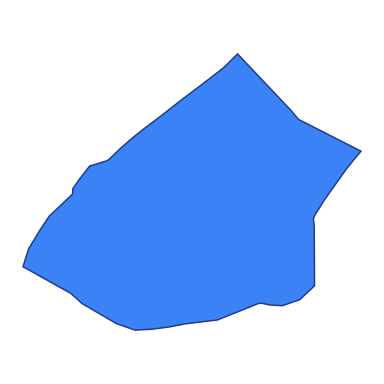 Santo Domingo Yodohino, Oaxaca, Mexico
{"feature_id": "50627088B73301150640580", "entity_name": "Santo Domingo Yodohino", "entity_type": "district", "adm_level": 2, "iso_a3": "MEX", "parent_name": "Mexico", "parent_adm1": "Oaxaca", "projection": "orthographic", "projection_center": [-97.701, 17.639], "detail": "fine", "context": "isolated", "style": "filled", "palette": "blue", "viewbox_px": 384, "rotation_deg": 0, "n_neighbors": 0, "source": "geoboundaries", "source_scale": "gbopen_adm2", "svg_char_len": 799}
<svg xmlns="http://www.w3.org/2000/svg" viewBox="0 0 384 384"><path d="M298.5,119.4L290.9,110.3L237.5,53.9L224.4,67.0L222.2,68.8L208.3,79.6L178.6,102.1L173.9,105.8L161.8,115.3L146.1,127.1L136.5,134.6L131.8,138.5L121.4,147.5L109.4,159.1L106.9,160.8L89.7,166.0L80.0,178.5L72.8,188.7L72.6,194.0L49.3,216.1L40.2,229.7L28.6,248.9L23.0,266.7L26.6,268.7L42.1,277.4L56.9,285.7L70.7,293.3L82.1,303.6L116.2,323.5L135.0,330.1L152.1,329.2L169.4,326.9L185.4,323.8L197.3,322.4L208.3,321.0L211.2,320.7L217.3,320.0L258.7,303.4L262.0,303.3L269.8,305.0L270.1,305.0L272.0,305.1L272.6,305.2L282.3,305.7L299.7,299.7L313.5,286.8L314.5,285.9L314.5,276.7L314.2,226.4L313.4,218.8L314.7,215.5L323.9,200.7L331.3,190.2L345.8,169.8L355.5,157.7L361.0,151.2L298.5,119.4Z" fill="#3b82f6" stroke="#1e3a8a" stroke-width="1.5"/></svg>